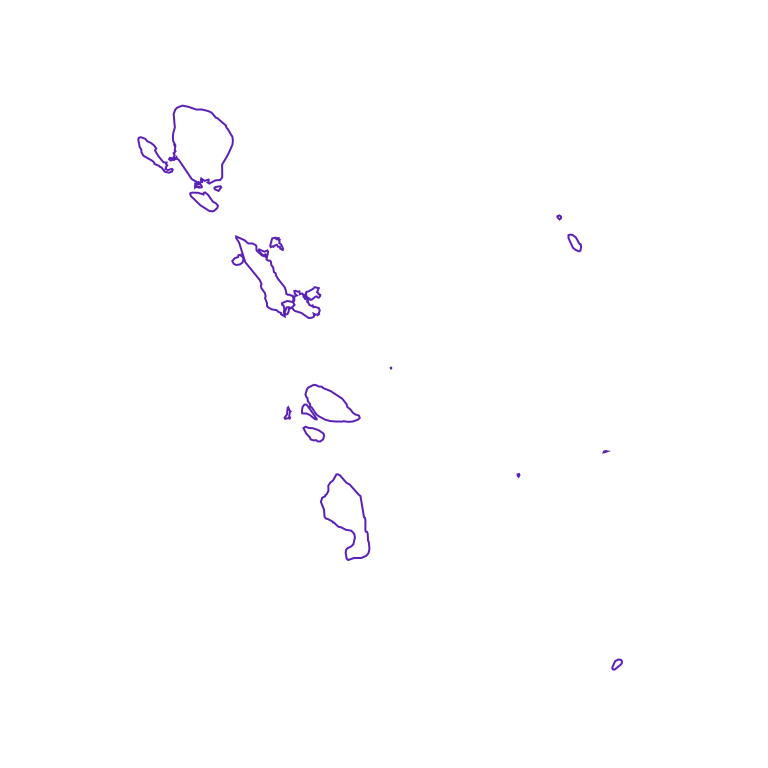 Wakatobi, Sulawesi Tenggara, Indonesia (Albers equal-area conic projection), rotated 13°
{"feature_id": "22746128B42553963392557", "entity_name": "Wakatobi", "entity_type": "district", "adm_level": 2, "iso_a3": "IDN", "parent_name": "Indonesia", "parent_adm1": "Sulawesi Tenggara", "projection": "albers", "projection_center": [123.878, -5.686], "detail": "fine", "context": "isolated", "style": "outline", "palette": "violet", "viewbox_px": 768, "rotation_deg": 13, "n_neighbors": 0, "source": "geoboundaries", "source_scale": "gbopen_adm2", "svg_char_len": 6178}
<svg xmlns="http://www.w3.org/2000/svg" viewBox="0 0 768 768"><g transform="rotate(13 384 384)"><path d="M151.3,157.6L145.1,157.5L139.4,158.8L131.0,157.9L124.9,158.1L120.4,161.2L118.9,163.6L118.3,168.2L122.5,181.1L122.2,187.0L122.7,190.6L124.0,194.9L126.4,197.6L125.8,197.9L126.1,198.8L127.1,199.0L127.5,202.9L128.3,203.8L127.7,204.1L128.1,205.6L127.1,206.5L128.6,208.3L128.0,210.0L129.8,211.2L130.8,209.6L131.3,210.6L130.9,211.4L131.6,211.0L133.7,211.8L150.5,227.5L157.0,229.6L157.8,228.9L159.1,229.4L160.2,228.3L161.3,228.2L161.2,227.0L160.4,227.4L159.6,226.3L159.7,224.9L163.7,226.4L167.8,223.9L167.2,224.7L167.6,227.0L167.1,227.4L168.7,228.0L173.9,223.5L178.5,222.1L179.5,220.1L179.8,218.6L176.9,206.7L180.3,195.9L181.8,188.6L182.5,184.6L182.0,180.9L180.8,177.4L174.4,170.7L172.8,169.7L171.9,167.8L161.9,162.5L160.2,162.3L155.0,158.4L151.3,157.6ZM352.9,504.4L351.8,505.7L351.9,506.6L349.4,508.8L349.0,513.0L353.8,519.9L355.9,526.7L357.6,528.1L360.2,528.3L364.8,529.6L365.5,530.4L366.4,530.3L371.5,533.3L374.5,533.3L379.6,534.6L385.1,534.3L388.2,536.3L389.2,537.6L390.2,540.2L390.2,547.1L388.5,549.7L385.2,552.4L384.4,554.2L384.6,557.1L386.9,562.5L388.5,563.6L394.0,560.3L400.9,558.7L405.3,555.5L406.9,552.4L407.0,548.5L406.3,545.9L404.5,541.0L403.7,540.3L401.8,533.5L400.7,531.9L399.5,531.9L398.8,531.0L396.5,520.7L395.6,518.8L394.5,518.3L386.2,498.3L384.8,497.9L373.1,489.6L369.7,488.8L361.8,483.0L359.9,482.4L358.0,482.7L356.0,489.6L353.9,492.1L352.6,495.6L353.9,500.7L352.9,504.4ZM215.8,275.3L206.8,273.5L207.1,275.0L211.1,278.9L221.4,296.5L239.3,310.4L242.3,314.3L241.9,315.8L242.9,318.1L247.5,322.2L249.0,325.2L248.7,326.9L251.8,331.6L252.5,334.4L254.4,335.6L257.8,336.5L262.8,336.2L264.4,337.3L267.8,338.1L268.0,339.2L272.0,340.5L270.3,336.8L270.0,333.4L268.4,330.0L266.9,329.7L266.4,328.2L271.1,324.8L276.5,324.7L276.9,321.9L275.2,318.5L273.7,318.8L271.6,318.2L270.5,318.7L268.5,318.1L267.7,315.6L265.5,312.1L257.2,305.5L254.4,302.6L253.4,300.4L251.6,299.7L249.7,295.2L247.5,293.5L246.3,290.3L245.4,289.5L243.4,289.8L241.5,289.1L241.4,287.9L240.2,286.6L236.2,286.2L230.2,282.8L229.5,282.0L228.7,278.5L227.8,277.6L224.4,276.6L220.1,277.6L215.8,275.3ZM317.8,400.4L315.8,400.6L311.0,404.5L310.2,406.3L309.8,411.9L311.3,414.2L312.6,415.0L313.7,417.9L316.5,420.2L317.1,422.5L318.8,423.1L324.8,428.7L327.4,430.0L334.7,432.0L339.7,432.2L344.4,431.6L351.4,430.1L353.1,429.3L357.9,428.9L361.9,427.6L366.7,424.6L368.0,422.5L366.7,420.4L362.8,420.1L360.2,419.0L357.0,416.4L353.4,414.6L352.1,412.1L346.6,407.7L333.6,402.9L325.7,401.7L324.0,400.6L321.3,401.1L317.8,400.4ZM98.4,200.6L96.4,198.8L91.7,198.2L89.8,199.2L89.5,201.0L92.7,208.1L94.7,210.1L95.5,212.7L98.2,215.7L107.9,218.6L110.4,220.0L110.9,221.3L115.8,222.0L117.0,222.9L118.4,223.0L122.5,226.4L126.9,226.5L129.7,224.7L129.9,222.6L129.0,222.1L125.4,224.1L122.8,223.7L122.7,221.8L123.6,219.7L122.2,218.8L122.4,217.2L119.2,217.6L113.0,212.8L108.8,208.5L108.4,207.8L109.2,205.9L106.5,203.4L103.1,201.7L98.4,200.6ZM280.7,312.8L278.9,313.5L276.7,313.0L275.7,313.7L277.0,316.2L279.2,317.3L277.6,318.3L277.0,319.6L277.8,322.6L277.2,325.1L279.1,327.1L277.3,329.5L277.4,330.3L279.4,332.2L280.9,332.9L287.4,333.3L295.7,336.6L297.2,336.4L300.2,334.7L300.7,333.0L299.7,331.3L302.2,331.8L303.9,331.0L304.1,331.5L305.0,330.5L304.5,330.0L304.9,326.9L303.4,324.7L299.4,324.3L298.0,325.1L296.8,323.5L296.2,324.2L293.6,323.8L292.1,321.9L290.8,321.4L290.5,320.8L291.2,320.7L291.3,320.0L290.7,318.8L289.6,318.1L288.2,319.0L285.7,316.7L285.2,315.0L283.8,314.2L281.8,315.4L280.7,312.8ZM169.8,239.1L166.6,237.6L165.4,238.2L165.5,239.9L160.1,239.5L154.3,240.6L152.5,241.5L152.4,242.6L153.7,244.4L165.0,251.2L174.9,254.7L178.2,254.3L179.5,253.5L181.9,250.1L182.2,247.7L179.5,245.7L176.3,244.9L169.8,239.1ZM330.5,443.7L324.6,443.1L320.1,443.8L317.3,443.2L315.4,445.1L319.7,450.1L323.3,452.3L325.1,454.5L327.8,454.8L330.7,454.0L332.3,454.8L334.7,454.4L337.2,451.6L337.2,447.5L336.1,445.8L330.5,443.7ZM543.2,203.7L537.8,197.9L534.2,196.4L532.1,196.5L530.3,197.4L530.9,200.3L537.4,208.7L540.4,210.2L544.2,210.9L545.4,209.9L545.2,206.1L544.2,203.6L543.2,203.7ZM298.1,309.6L298.9,305.3L294.8,305.2L293.6,307.1L289.6,310.8L288.0,311.5L287.4,312.8L288.2,314.4L287.1,314.7L286.7,316.0L287.8,316.6L288.1,316.1L292.6,317.8L293.3,318.6L294.9,317.8L297.5,314.3L298.5,313.9L300.2,314.7L301.2,314.4L302.0,312.6L301.8,311.4L300.1,311.4L299.8,310.4L298.1,309.6ZM326.3,433.1L313.9,422.0L312.4,421.5L311.1,422.0L309.8,424.6L310.1,428.8L310.9,431.0L315.3,430.2L318.5,430.8L324.6,433.8L326.3,433.7L326.3,433.1ZM248.4,266.2L248.5,265.6L247.4,265.7L247.6,267.0L246.7,267.2L245.2,265.9L242.3,267.3L242.0,275.0L243.0,276.1L244.3,275.0L245.3,275.3L246.1,273.9L248.2,272.5L249.9,274.1L251.7,273.8L252.4,275.4L255.2,276.2L255.4,275.4L254.2,273.4L252.2,271.1L250.3,270.3L250.2,268.8L249.2,267.4L249.8,266.9L248.4,266.2ZM216.6,300.0L218.8,297.5L219.0,294.1L217.8,291.9L215.5,291.1L215.2,290.3L213.1,291.4L213.3,293.1L210.3,295.0L208.5,298.4L210.6,300.7L213.1,301.3L216.6,300.0ZM672.8,610.5L677.9,604.1L678.5,602.6L678.2,600.6L676.9,599.5L674.3,599.7L671.5,602.2L670.2,608.9L671.0,610.5L672.8,610.5ZM241.4,281.5L240.3,280.1L237.8,282.0L232.1,280.9L231.7,282.3L237.3,286.0L239.3,284.4L241.4,286.6L241.4,281.5ZM300.1,437.9L298.9,436.8L298.6,433.0L299.2,431.7L297.8,430.9L295.9,428.2L295.5,428.9L296.3,435.5L294.7,439.2L295.6,440.2L298.6,438.7L299.8,439.0L300.1,437.9ZM274.5,330.5L271.8,331.3L271.2,336.3L271.4,337.4L272.5,338.5L274.2,337.6L274.8,334.9L274.4,332.4L276.3,331.1L274.5,330.5ZM179.4,233.1L181.2,229.0L180.2,228.1L175.6,229.9L174.6,231.1L175.3,232.3L179.4,233.1ZM162.1,232.6L159.9,230.3L157.2,231.3L155.0,231.2L155.7,235.1L156.4,234.2L157.3,234.1L157.0,233.5L158.3,234.1L158.3,233.4L159.5,233.3L160.1,234.1L162.1,233.4L162.1,232.6ZM519.2,182.6L518.7,181.0L517.9,180.6L516.9,180.3L515.2,181.6L515.6,182.5L518.0,184.2L519.2,182.6ZM128.7,211.8L124.4,211.8L124.1,213.5L126.2,214.2L127.1,213.2L128.9,213.0L128.7,211.8ZM536.0,444.1L536.5,442.3L535.7,441.3L534.5,442.0L534.9,443.3L536.0,444.1ZM613.4,401.2L614.6,400.7L616.6,399.4L614.8,399.5L613.6,400.3L613.4,401.2ZM387.6,368.1L387.4,366.6L386.6,366.0L387.6,368.1Z" fill="none" stroke="#5b21b6" stroke-width="2"/></g></svg>